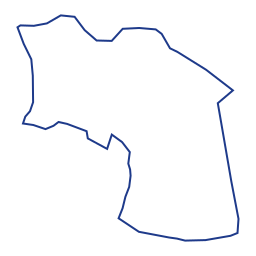 Sembabule, Robinson projection
{"feature_id": "UGA-3077", "entity_name": "Sembabule", "entity_type": "District", "adm_level": 1, "iso_a3": "UGA", "parent_name": "Uganda", "parent_adm1": "", "projection": "robinson", "projection_center": [31.266, -0.042], "detail": "fine", "context": "isolated", "style": "outline", "palette": "blue", "viewbox_px": 256, "rotation_deg": 0, "n_neighbors": 0, "source": "natural_earth", "source_scale": "10m", "svg_char_len": 731}
<svg xmlns="http://www.w3.org/2000/svg" viewBox="0 0 256 256"><path d="M17.5,27.3L20.4,25.4L33.9,25.8L46.9,23.4L60.8,15.4L74.6,16.8L84.7,30.2L96.6,40.5L111.7,40.9L122.7,28.8L139.2,28.0L155.7,29.4L161.7,33.9L170.0,48.3L177.4,51.9L206.0,69.7L232.9,90.4L217.8,103.2L223.0,133.2L231.3,181.3L238.5,218.9L237.5,233.0L230.5,235.8L205.5,240.1L185.1,240.6L177.0,238.6L169.1,237.5L138.9,231.8L118.6,218.3L122.6,208.2L125.4,196.8L129.2,186.9L130.6,175.7L130.1,169.5L128.3,163.6L129.8,152.1L122.1,142.1L111.8,134.6L107.1,148.9L87.8,138.4L86.6,131.2L67.1,123.9L58.5,122.0L53.5,125.8L45.5,129.1L33.3,125.0L23.0,123.5L25.3,116.6L30.0,111.2L33.1,102.2L32.8,75.7L31.3,59.3L23.7,43.8L17.5,27.3Z" fill="none" stroke="#1e3a8a" stroke-width="2"/></svg>